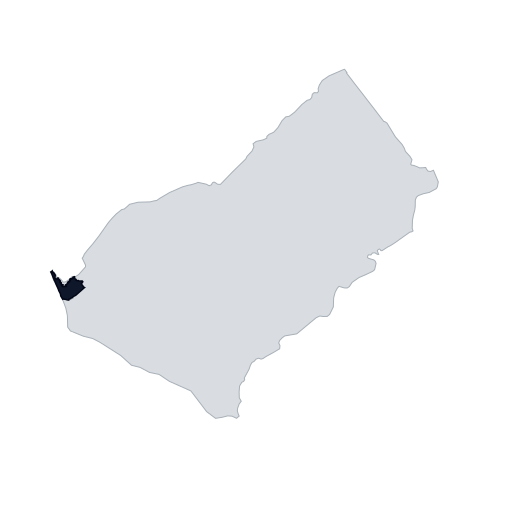 location of Jomoro, Western, Ghana, rotated 53°
{"feature_id": "2480657B70421803893954", "entity_name": "Jomoro", "entity_type": "district", "adm_level": 2, "iso_a3": "GHA", "parent_name": "Ghana", "parent_adm1": "Western", "projection": "robinson", "projection_center": [-2.777, 5.196], "detail": "fine", "context": "in_parent", "style": "filled", "palette": "ink", "viewbox_px": 512, "rotation_deg": 53, "n_neighbors": 0, "source": "geoboundaries", "source_scale": "gbopen_adm2", "svg_char_len": 6997}
<svg xmlns="http://www.w3.org/2000/svg" viewBox="0 0 512 512"><g transform="rotate(53 256 256)"><path d="M306.5,65.8L309.9,69.5L310.7,71.5L309.5,79.4L307.0,84.8L305.4,90.0L305.6,92.5L307.2,95.1L312.3,99.1L315.0,101.7L318.1,105.7L321.7,109.6L327.9,114.6L330.5,115.5L330.4,117.0L329.5,118.9L329.0,137.7L328.6,142.5L328.1,145.0L327.6,152.0L326.9,153.0L325.7,152.9L324.7,153.2L324.4,154.6L324.8,156.0L328.6,157.1L327.7,158.1L325.0,159.1L323.7,161.2L324.3,163.6L322.8,165.5L323.2,166.8L324.2,167.8L325.7,167.5L330.1,164.2L331.9,163.9L334.1,164.5L338.3,169.5L338.5,171.9L336.8,180.2L335.2,186.6L334.9,195.1L336.6,199.9L336.4,202.5L334.5,204.8L330.2,208.0L330.6,210.3L332.5,214.5L336.1,219.1L343.2,224.9L347.0,232.4L347.1,235.5L344.9,238.6L342.3,241.2L341.5,245.1L342.7,270.3L337.1,281.2L337.1,284.3L337.7,288.0L339.1,290.2L342.0,290.8L344.3,292.9L343.5,300.5L342.3,308.4L342.1,312.2L341.4,314.0L339.2,315.4L338.4,317.9L339.0,321.0L338.6,323.2L339.8,326.1L342.3,329.8L346.4,338.8L348.0,339.5L348.7,341.4L348.3,343.3L349.9,347.3L354.4,351.3L359.2,354.7L363.1,355.2L364.0,358.4L366.5,362.3L368.4,364.1L371.3,365.2L373.7,365.8L373.9,369.2L369.5,371.5L366.6,374.9L364.4,380.2L361.3,386.0L350.6,389.1L346.5,389.1L324.6,389.2L304.0,400.6L292.2,404.7L284.9,411.1L275.1,415.7L268.3,421.2L254.1,423.9L230.9,432.6L223.6,436.1L216.2,442.1L204.2,449.3L199.5,449.2L190.1,442.5L183.1,439.2L165.8,434.1L153.0,432.1L146.7,429.9L145.0,429.6L146.5,427.2L150.1,427.0L153.8,427.8L156.7,425.9L160.9,425.7L162.0,423.8L162.3,419.0L162.3,415.1L163.8,413.4L164.1,408.8L162.1,398.7L160.6,397.6L153.1,396.1L152.5,394.1L151.2,392.0L149.8,386.8L148.1,379.0L145.5,369.4L140.4,353.6L139.2,348.0L138.3,342.2L138.1,335.4L139.2,332.9L139.0,329.4L138.6,325.9L142.1,317.8L149.1,307.9L150.6,304.3L151.9,301.9L152.0,298.3L153.3,286.8L156.6,272.9L158.7,267.6L160.1,264.8L161.8,260.1L162.3,258.0L168.7,252.5L171.7,251.1L172.3,248.9L171.3,246.6L171.7,245.0L173.3,244.2L175.6,243.5L177.4,241.3L174.7,224.1L172.5,207.0L172.3,205.6L171.0,203.2L169.8,196.1L167.6,192.0L164.6,190.8L164.6,186.9L167.6,180.3L168.4,176.5L167.0,175.3L166.7,172.3L167.8,167.5L167.3,164.5L166.7,161.3L163.6,153.8L162.8,148.5L164.4,145.4L164.4,138.6L162.6,128.1L162.4,121.5L163.5,118.8L163.0,116.2L160.7,113.7L160.5,111.3L162.5,108.9L162.2,107.1L159.8,105.7L157.6,102.5L155.7,97.4L156.1,89.2L159.7,74.2L160.2,72.9L164.3,73.0L164.3,73.6L177.2,73.5L191.9,73.3L209.4,73.1L225.4,73.0L226.1,72.3L228.7,71.4L244.8,73.0L254.9,72.2L259.2,72.7L262.3,73.7L269.3,73.1L273.0,73.5L275.8,77.2L276.9,77.2L278.5,75.6L281.3,73.8L284.1,72.3L286.1,69.4L287.4,67.2L289.2,67.6L291.8,67.5L293.6,65.6L294.3,62.7L306.5,65.8Z" fill="#d9dde1" stroke="#a8b0b8" stroke-width="1"/><path d="M166.0,414.0L165.6,414.3L165.4,414.3L165.2,414.2L164.8,414.1L164.4,414.1L164.1,414.2L164.0,413.9L163.8,413.8L163.8,413.7L163.7,413.6L163.6,413.4L163.4,413.4L163.4,413.7L163.0,413.9L163.0,414.0L163.0,414.3L163.2,414.5L163.3,414.6L163.2,414.6L162.9,415.0L163.0,415.0L163.3,415.4L163.4,415.5L163.5,415.8L163.5,416.0L163.4,416.4L163.5,416.5L163.4,416.6L163.4,416.8L163.4,417.1L163.2,417.3L162.8,417.1L162.7,417.1L162.6,417.3L162.5,417.7L162.6,417.8L162.6,418.0L162.8,418.2L162.8,418.3L163.1,418.4L163.1,418.5L163.4,418.7L163.4,418.8L163.1,418.8L162.8,418.9L162.9,419.0L163.0,419.0L163.0,418.9L163.1,419.1L163.2,419.3L163.4,419.4L163.5,419.2L163.6,419.3L163.7,419.5L163.9,419.5L164.0,419.5L164.2,419.9L164.1,420.1L164.1,419.9L163.9,419.8L164.1,420.1L164.2,420.3L163.9,420.3L163.9,420.1L163.7,420.1L163.6,420.7L163.6,420.8L163.9,420.7L164.1,420.9L164.0,421.0L164.0,420.9L163.9,420.9L163.8,421.1L164.0,421.3L163.9,421.6L164.0,421.7L163.8,421.8L163.7,421.7L163.6,421.8L163.7,422.0L163.9,422.1L163.9,422.4L163.9,422.5L164.0,422.8L164.3,422.7L164.5,422.7L164.5,422.9L164.4,423.2L164.5,423.4L164.6,423.6L164.6,423.8L164.8,424.0L164.9,424.3L164.7,424.7L164.6,424.9L164.8,425.1L165.0,425.2L165.1,425.3L164.8,425.5L165.0,425.6L165.0,425.8L165.1,426.0L165.3,426.0L165.3,425.9L165.5,426.0L165.6,426.3L165.6,426.5L165.8,426.4L165.7,426.6L165.6,426.8L165.6,427.0L165.5,426.8L165.4,426.8L165.4,427.0L165.2,427.1L164.9,427.4L164.9,427.5L165.1,427.7L165.1,427.8L164.8,428.1L164.7,428.1L164.6,427.9L164.5,428.0L164.3,428.0L164.2,427.9L164.1,428.2L164.2,428.4L164.1,428.6L164.1,428.8L163.9,428.9L163.9,428.7L163.6,428.7L163.6,428.4L163.4,428.4L163.2,428.2L162.9,428.2L162.6,428.3L162.5,428.2L162.5,427.8L162.4,427.9L162.4,428.0L162.2,428.5L162.1,428.4L162.0,428.5L161.9,428.4L161.7,428.4L161.5,428.2L161.4,428.2L161.4,428.5L161.2,428.5L161.1,428.3L161.1,428.2L160.9,428.2L161.0,428.4L161.0,428.5L160.9,428.5L160.7,428.3L160.5,428.2L160.5,427.9L160.3,427.7L160.2,427.6L159.9,427.6L159.8,427.9L159.8,428.0L159.7,428.0L159.7,428.3L159.4,428.4L159.2,428.4L159.0,428.2L158.9,428.2L158.9,427.9L158.6,427.9L158.6,427.7L158.4,427.5L158.1,427.5L157.9,427.4L157.7,427.2L157.4,427.3L157.3,427.5L157.2,427.5L157.0,427.3L156.9,427.3L156.9,427.6L156.7,427.6L156.4,427.6L156.2,427.5L155.9,427.7L155.6,427.6L155.3,427.5L155.1,427.6L154.9,427.6L154.6,427.6L154.5,427.3L154.4,427.4L154.3,427.6L154.2,427.8L154.1,428.0L154.4,428.2L154.5,428.3L154.6,428.2L154.5,428.3L154.6,428.5L154.7,428.8L154.8,428.8L154.8,429.1L154.7,429.1L154.4,429.2L154.2,429.3L154.0,429.5L153.8,429.8L153.6,429.8L153.4,429.7L153.0,429.6L152.6,429.7L152.4,429.7L151.9,429.3L151.8,429.2L151.7,429.2L151.5,428.9L151.2,428.4L151.0,428.2L150.9,428.1L150.5,428.1L150.3,428.0L150.1,427.9L150.0,427.7L149.9,427.7L149.8,427.8L149.6,427.9L149.3,427.8L149.1,427.9L148.9,427.9L148.7,427.8L148.6,427.7L148.4,427.8L148.2,427.9L147.9,427.7L147.7,427.6L147.4,427.6L147.3,427.9L147.3,428.0L147.2,428.1L146.6,428.2L146.3,428.1L146.1,428.0L145.7,428.1L145.4,428.0L145.3,427.9L145.3,429.5L145.7,429.5L148.9,430.2L150.4,430.7L153.0,431.4L154.2,431.7L155.9,432.0L158.1,432.6L163.3,433.8L165.0,434.4L167.1,434.7L168.6,435.0L169.4,435.5L170.5,436.0L172.2,436.2L174.3,436.4L174.4,435.8L174.5,435.7L174.4,435.4L174.8,435.2L175.0,435.2L176.6,433.7L177.2,433.4L177.9,432.7L178.1,432.6L178.4,432.2L178.3,431.9L178.4,431.7L177.9,431.5L177.9,431.0L178.6,429.7L178.4,429.5L178.4,429.4L178.4,429.2L178.4,428.9L178.3,428.7L178.4,428.4L178.5,428.2L178.7,427.9L178.8,427.7L178.5,427.6L178.6,427.3L178.5,427.1L178.3,426.8L178.3,426.7L178.5,426.5L178.5,426.4L178.4,426.4L178.4,426.2L178.4,425.9L178.6,425.1L178.8,424.0L178.9,423.8L178.6,419.9L178.0,412.2L177.8,412.4L177.6,412.3L177.5,412.5L177.3,412.5L177.2,412.3L176.9,412.2L176.8,412.3L176.6,412.5L176.2,412.5L176.0,412.3L175.9,412.3L175.4,412.2L174.4,412.3L173.4,412.2L173.2,412.1L172.9,412.0L172.9,411.3L172.6,410.6L172.6,410.4L172.4,409.9L172.0,410.0L171.9,409.8L171.7,409.8L171.7,410.1L171.4,410.0L171.3,410.3L171.1,410.3L170.9,410.7L170.7,410.7L170.5,411.0L170.4,411.2L170.2,411.6L169.6,412.2L169.2,412.5L168.9,412.5L168.6,412.7L168.5,413.0L168.4,413.2L168.2,413.4L168.2,413.5L167.8,413.9L167.4,413.9L167.3,414.1L167.2,414.2L167.1,414.3L167.0,414.2L166.8,413.9L166.6,413.9L166.3,413.8L166.0,414.0Z" fill="#0f172a" stroke="#020617" stroke-width="1.5"/></g></svg>